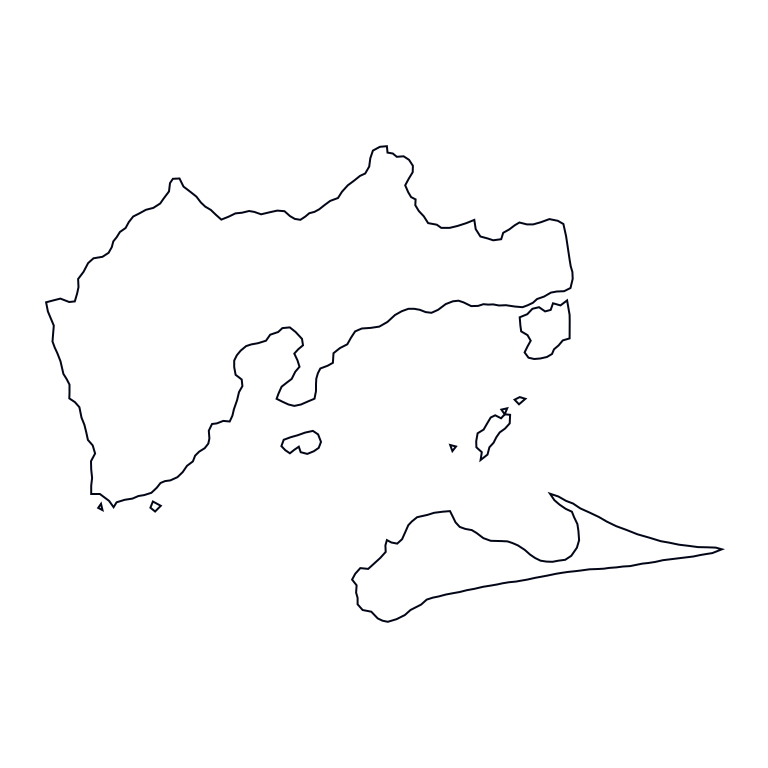 Mangaratiba, Rio de Janeiro, Brazil
{"feature_id": "56859067B1398595920076", "entity_name": "Mangaratiba", "entity_type": "district", "adm_level": 2, "iso_a3": "BRA", "parent_name": "Brazil", "parent_adm1": "Rio de Janeiro", "projection": "orthographic", "projection_center": [-43.995, -22.973], "detail": "fine", "context": "isolated", "style": "outline", "palette": "ink", "viewbox_px": 768, "rotation_deg": 0, "n_neighbors": 0, "source": "geoboundaries", "source_scale": "gbopen_adm2", "svg_char_len": 5592}
<svg xmlns="http://www.w3.org/2000/svg" viewBox="0 0 768 768"><path d="M91.2,494.0L99.9,494.0L109.1,500.9L113.6,507.2L116.6,502.3L124.7,499.8L132.4,498.6L138.5,496.0L144.1,495.1L151.4,492.8L156.8,487.7L160.5,483.0L165.0,481.1L170.3,480.4L177.4,477.2L182.7,472.1L187.0,465.8L192.9,461.4L195.1,455.7L199.1,451.7L204.7,448.2L208.3,443.6L209.4,438.5L208.8,430.7L212.0,424.0L216.8,423.4L223.3,420.9L229.7,421.5L232.4,415.7L233.9,409.3L237.1,400.1L239.0,392.1L242.4,386.1L241.7,379.5L235.6,374.8L234.2,367.1L234.2,360.6L236.8,355.3L240.6,350.7L246.1,346.1L251.3,344.4L258.0,343.2L266.0,340.7L270.2,334.7L278.2,332.0L282.4,328.1L289.8,327.4L295.6,332.0L302.0,338.9L303.0,345.3L298.3,349.2L294.3,353.6L297.5,360.4L299.5,366.8L295.3,371.7L291.7,378.9L286.8,382.6L281.6,386.7L278.5,393.6L276.6,398.8L282.4,401.7L288.5,404.5L294.3,405.9L301.0,404.5L308.3,401.3L314.5,398.7L316.0,391.0L316.0,384.3L316.3,378.6L317.9,373.2L320.3,368.5L327.7,365.7L332.9,362.8L333.5,353.2L339.9,348.1L347.3,344.3L351.0,337.7L355.1,331.4L361.8,328.5L370.6,327.9L379.3,326.6L387.5,321.9L395.0,315.0L401.8,311.2L408.4,308.8L414.2,308.8L419.8,309.8L425.7,312.1L431.5,312.8L438.1,309.8L445.7,304.1L452.9,301.3L458.5,300.7L463.6,302.4L471.2,306.1L478.1,305.9L483.4,304.2L488.3,304.6L493.2,304.4L499.0,305.5L505.9,305.2L514.6,306.5L522.5,307.2L527.6,305.3L532.9,302.8L537.1,299.0L544.0,296.6L550.9,292.6L556.8,291.5L564.1,291.2L570.5,288.0L572.7,278.8L572.4,272.0L570.7,266.2L569.7,260.2L568.3,250.9L566.1,236.3L563.4,224.0L557.8,220.8L549.4,219.1L540.9,222.2L533.2,224.4L526.9,224.4L519.4,222.5L514.7,225.3L509.3,229.4L503.2,232.8L501.2,239.2L493.2,240.3L487.8,238.5L480.4,236.5L475.7,229.1L474.3,219.9L466.4,223.1L457.4,226.0L449.5,227.9L441.3,227.9L436.8,224.7L428.1,223.1L423.8,216.3L418.8,211.0L415.3,205.2L415.6,199.4L411.1,197.1L408.2,192.2L405.2,185.3L408.7,178.8L412.7,172.2L412.9,165.8L409.0,159.8L403.6,156.3L396.8,156.8L392.8,153.5L387.5,152.6L386.9,146.2L379.9,146.8L372.9,150.6L370.3,158.3L369.2,166.6L365.2,173.5L360.0,175.9L353.9,180.8L347.8,185.3L342.0,191.7L338.0,198.0L330.2,200.9L324.5,205.1L319.2,209.3L314.4,211.9L309.3,213.2L305.4,216.5L300.4,219.8L294.8,218.9L290.0,216.1L284.5,211.2L277.3,210.6L270.4,212.1L261.1,214.3L254.3,211.9L249.0,211.0L242.1,212.7L235.4,213.4L228.6,216.7L221.3,219.6L215.8,214.7L210.8,209.9L205.2,206.6L200.8,202.4L196.4,196.6L189.8,191.4L183.5,186.6L179.5,178.5L172.9,178.8L170.0,183.1L169.0,191.4L163.6,198.6L160.2,203.5L153.3,207.9L145.9,209.8L138.8,213.7L133.2,216.5L128.8,222.1L125.6,228.0L119.9,232.0L116.6,237.3L113.3,241.4L111.8,247.1L108.6,252.8L102.5,256.8L93.5,258.3L88.1,263.1L83.5,271.9L78.1,279.0L78.5,287.1L77.1,293.6L74.8,301.4L69.2,302.0L60.4,298.6L53.3,300.4L46.1,302.3L47.9,311.5L51.5,320.1L53.8,325.6L53.1,333.9L52.5,341.5L54.7,347.5L57.3,353.1L60.5,361.3L63.4,373.9L66.6,379.0L69.5,384.6L69.5,393.1L69.3,398.4L74.9,402.1L79.4,407.2L81.5,417.6L84.4,424.8L86.3,432.5L87.9,439.9L92.7,445.4L95.1,453.5L91.0,461.2L91.2,469.3L92.1,477.9L91.2,485.7L91.2,494.0ZM655.4,561.9L662.9,560.2L674.3,558.8L681.7,557.9L693.3,556.5L700.5,555.0L707.1,553.9L712.3,553.1L721.9,549.3L715.7,547.6L707.3,547.3L698.1,547.1L688.3,545.8L679.0,544.7L668.9,542.6L660.8,541.2L649.4,537.7L637.5,534.3L626.4,529.9L616.3,526.2L606.8,521.6L598.9,517.0L589.2,512.4L580.3,508.4L573.0,503.5L566.1,500.9L558.4,496.5L550.0,493.7L554.4,500.2L559.5,504.6L565.8,508.9L571.9,511.7L574.0,517.0L577.4,524.1L578.4,530.8L579.1,540.2L576.9,547.7L571.3,555.8L565.2,559.8L558.3,560.7L552.5,561.8L546.5,561.6L540.6,560.7L535.1,558.0L530.1,554.6L524.8,549.9L517.9,545.4L512.6,543.1L507.6,541.4L501.7,541.1L490.7,540.8L483.3,538.1L476.6,533.0L471.8,530.1L465.2,528.9L459.7,526.9L455.5,522.3L452.9,516.9L450.0,511.1L442.8,511.7L434.1,512.8L427.4,514.9L417.1,517.2L411.8,521.5L408.3,525.2L405.8,530.9L402.1,539.2L397.2,543.6L391.4,542.5L386.9,540.1L385.4,545.4L385.7,551.9L380.3,557.9L374.5,563.2L368.2,568.9L360.3,568.1L355.2,573.8L352.1,579.6L356.6,585.3L356.1,592.6L357.6,597.9L357.6,604.3L362.6,610.0L371.3,611.7L377.7,618.4L382.5,620.7L387.8,621.8L396.5,619.2L404.9,615.0L410.5,610.0L415.0,607.7L421.1,604.6L426.7,599.6L433.0,597.6L438.5,596.5L446.0,594.5L454.1,593.0L459.7,592.0L466.8,590.2L474.5,588.8L483.0,586.8L490.6,585.6L497.5,584.4L502.5,583.3L509.2,582.2L515.8,581.6L520.8,580.7L527.2,579.6L535.3,577.8L542.5,576.5L548.3,575.4L555.9,573.8L562.0,572.8L568.2,571.9L575.1,571.2L580.9,570.5L589.5,569.3L598.0,569.0L603.7,568.7L609.2,567.9L616.2,567.4L623.1,566.5L630.1,566.1L642.5,563.6L648.3,563.0L655.4,561.9ZM567.1,300.4L560.5,305.4L553.0,303.3L550.7,309.9L545.1,311.4L539.0,307.2L532.4,308.8L527.3,314.2L519.7,317.3L520.4,325.7L521.2,331.4L527.5,335.1L530.7,340.7L527.6,346.3L524.6,352.4L528.5,357.7L534.2,359.0L540.2,358.5L546.9,357.0L552.0,354.0L554.0,349.3L558.6,345.4L562.8,340.4L569.6,338.4L569.7,321.2L569.6,314.9L567.1,300.4ZM504.7,414.3L501.1,418.3L495.2,415.3L490.7,417.5L487.3,423.2L483.6,429.6L477.6,433.3L476.2,441.3L476.4,447.3L481.8,452.2L480.6,460.0L487.5,454.6L489.4,447.3L493.6,442.7L496.3,437.3L499.7,432.4L505.0,428.6L509.7,423.4L510.1,414.8L504.7,414.3ZM321.0,441.9L318.1,434.4L312.9,430.9L305.1,432.6L297.5,435.3L290.7,437.2L283.7,439.8L281.4,446.1L285.3,450.2L289.9,453.3L294.3,449.8L298.8,446.7L300.7,452.2L307.3,453.9L313.7,451.3L318.7,447.9L321.0,441.9ZM160.8,505.8L152.9,501.5L150.4,507.7L155.1,511.5L160.8,505.8ZM525.4,398.8L519.7,397.1L514.6,399.7L519.0,404.3L525.4,398.8ZM456.0,446.5L450.2,445.0L452.4,451.1L456.0,446.5ZM504.7,414.3L507.2,408.3L501.4,409.6L504.7,414.3ZM101.0,503.8L98.2,507.9L102.5,510.1L101.0,503.8Z" fill="none" stroke="#020617" stroke-width="2"/></svg>